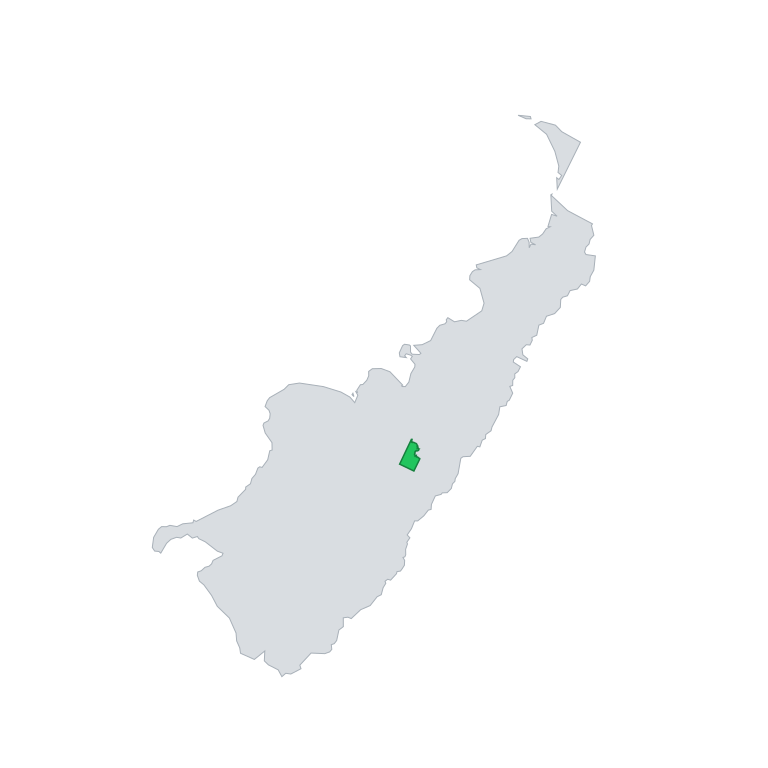 location of Puelén, La Pampa, Argentina, rotated 206°
{"feature_id": "61730980B41536985277959", "entity_name": "Puelén", "entity_type": "district", "adm_level": 2, "iso_a3": "ARG", "parent_name": "Argentina", "parent_adm1": "La Pampa", "projection": "mercator", "projection_center": [-67.772, -37.589], "detail": "fine", "context": "in_parent", "style": "filled", "palette": "green", "viewbox_px": 768, "rotation_deg": 206, "n_neighbors": 0, "source": "geoboundaries", "source_scale": "gbopen_adm2", "svg_char_len": 5766}
<svg xmlns="http://www.w3.org/2000/svg" viewBox="0 0 768 768"><g transform="rotate(206 384 384)"><path d="M468.4,207.4L464.7,213.9L465.6,218.3L462.2,228.7L463.1,230.8L460.3,235.8L461.3,241.2L459.9,246.5L460.5,253.1L459.4,255.1L457.0,255.6L455.3,264.9L457.4,273.9L455.6,275.6L459.0,282.2L469.3,287.9L474.6,293.8L474.8,296.3L472.0,300.0L471.7,303.1L473.3,307.4L475.9,310.0L481.0,311.6L481.6,317.7L480.8,321.6L471.4,335.5L469.3,341.6L460.4,347.8L437.3,355.1L419.2,357.9L408.9,357.3L402.1,354.4L402.6,362.4L406.0,364.8L404.3,364.9L405.7,366.3L404.9,373.0L402.8,374.3L401.1,379.8L401.3,384.6L403.3,388.6L401.2,392.6L393.3,396.7L384.0,397.6L366.7,391.2L367.4,390.1L366.5,389.7L363.7,391.0L362.5,396.6L364.4,405.2L363.8,412.8L364.8,415.3L371.1,418.2L370.7,421.3L372.8,421.6L377.3,420.9L377.8,418.4L375.5,417.5L381.6,415.5L383.9,418.7L384.1,426.6L383.0,428.7L378.2,430.2L376.9,429.8L374.1,424.3L371.8,423.1L365.1,426.0L364.3,427.8L374.2,431.8L366.9,436.1L361.1,443.5L360.9,457.3L359.6,461.2L355.6,464.8L354.9,467.4L356.2,469.0L355.7,471.6L347.9,470.8L342.4,475.1L337.4,476.6L328.2,492.6L329.5,500.5L339.7,512.0L352.7,515.2L354.3,519.0L353.8,523.7L352.2,526.5L347.5,529.1L351.5,529.1L353.3,531.5L330.0,552.9L327.0,559.2L325.6,572.4L323.7,575.2L318.9,577.8L315.7,575.0L313.2,570.1L313.2,574.1L308.8,575.6L314.1,575.7L316.6,579.0L309.3,583.9L307.2,588.3L306.3,594.6L303.5,598.2L305.7,597.5L307.7,609.9L302.0,610.7L309.0,612.8L317.0,627.2L316.3,628.3L316.1,626.8L295.0,620.3L266.8,619.3L267.0,617.4L260.6,609.7L262.1,604.3L261.1,599.7L262.5,595.6L261.6,590.5L259.2,588.9L250.2,591.8L245.3,578.3L245.7,571.0L244.2,566.4L245.8,560.6L250.4,560.4L251.8,554.2L257.7,549.5L257.8,543.7L261.4,540.4L262.2,537.5L259.1,530.1L261.5,522.1L267.7,516.1L267.2,508.5L270.6,504.8L268.1,494.8L271.5,490.6L269.9,488.3L269.9,483.0L273.3,481.7L275.4,476.1L272.0,471.1L265.8,469.6L265.5,467.0L276.7,466.8L278.2,462.8L277.4,460.4L268.9,459.3L269.0,453.9L270.9,450.4L269.2,447.0L269.9,443.8L267.7,439.1L269.9,437.0L264.3,432.2L264.3,424.3L265.6,422.4L264.8,418.2L269.9,414.3L267.6,406.8L268.1,392.7L267.3,388.9L270.4,383.2L268.9,379.4L271.1,376.6L270.3,369.5L272.8,368.9L274.8,356.8L281.1,353.3L282.4,350.9L278.1,335.8L278.5,330.2L277.6,327.6L278.7,324.3L277.7,319.6L279.6,314.0L283.9,311.7L284.3,309.8L288.8,305.9L288.6,296.6L286.7,291.9L288.9,290.1L290.4,283.0L293.7,275.7L296.5,274.4L295.9,266.0L297.0,258.5L293.3,257.1L294.1,251.8L292.8,250.5L292.1,244.9L289.6,240.0L289.5,237.8L290.9,236.4L288.1,234.5L286.2,230.0L286.7,225.8L287.2,223.1L290.1,221.0L289.6,219.0L292.1,210.6L295.1,210.1L296.6,207.2L295.0,205.6L295.5,200.6L294.1,193.4L296.9,189.8L299.3,178.8L306.0,171.0L310.6,158.8L314.2,158.6L318.1,156.0L314.2,148.1L316.7,143.1L314.1,132.7L314.9,128.8L317.1,126.6L314.6,122.6L315.4,119.4L319.0,115.7L331.6,110.2L336.4,94.4L333.8,91.7L340.6,82.5L345.5,80.9L347.5,76.2L353.8,80.7L364.8,80.9L370.2,82.7L374.1,91.8L379.8,79.6L394.9,79.1L398.0,83.6L403.8,88.5L407.8,95.3L420.4,105.9L436.4,111.1L446.3,118.4L457.8,124.5L463.5,125.9L467.9,130.2L469.0,133.4L466.4,136.0L464.5,140.8L461.4,143.5L460.1,146.7L460.3,150.6L454.3,158.5L454.5,161.3L460.6,160.7L475.4,163.8L482.6,163.8L484.9,165.1L488.7,161.5L495.0,162.9L499.1,156.5L503.2,155.3L507.5,150.9L509.6,145.5L510.5,134.1L512.9,134.8L516.9,133.3L520.6,135.5L523.8,145.2L523.1,154.5L521.4,158.3L516.9,160.4L514.5,163.1L507.5,165.1L503.6,170.1L494.9,175.5L495.4,178.3L492.6,178.1L477.9,197.8L468.4,207.4ZM313.4,687.4L313.7,635.1L319.2,645.1L316.5,644.5L315.7,649.3L320.3,650.4L322.4,656.5L332.4,668.0L347.3,679.7L362.1,683.2L358.0,688.9L343.4,691.8L334.8,688.7L313.4,687.4ZM368.1,686.8L372.5,684.7L381.3,684.3L369.7,688.6L368.1,686.8ZM408.1,360.4L407.9,362.1L405.5,359.5L408.1,360.4Z" fill="#d9dde1" stroke="#a8b0b8" stroke-width="1"/><path d="M335.1,346.8L335.0,334.7L334.8,318.8L319.0,318.9L319.0,332.5L319.3,332.7L319.5,332.7L319.8,332.7L320.0,332.7L320.3,332.6L320.6,332.7L320.7,332.8L320.8,332.8L321.0,332.8L321.3,332.8L321.5,332.9L321.6,333.0L321.7,332.9L321.8,332.9L322.0,332.9L322.3,333.0L322.5,332.9L322.5,333.0L322.8,333.1L323.0,333.1L323.3,333.0L323.5,333.1L323.7,333.3L323.7,333.2L323.7,333.3L323.8,333.2L324.0,333.2L324.0,333.3L324.1,333.2L324.1,333.3L324.2,333.2L324.2,333.3L324.3,333.3L324.3,333.2L324.5,333.2L324.6,333.3L324.8,333.4L324.9,333.5L325.0,333.6L325.3,333.7L325.4,333.8L325.5,333.8L325.6,334.0L325.8,334.2L325.8,334.3L325.7,334.5L325.8,334.6L325.8,334.8L325.9,335.0L325.9,335.3L326.0,335.4L325.9,335.5L326.0,335.6L326.1,335.8L326.2,336.0L326.2,336.3L326.3,336.3L326.4,336.5L326.4,336.8L326.4,337.0L326.4,337.3L326.3,337.5L326.2,337.5L326.0,337.8L325.9,337.8L325.8,338.0L325.7,338.0L325.4,338.2L325.3,338.3L325.1,338.3L324.9,338.5L324.7,338.6L324.5,338.8L324.4,338.8L324.3,339.0L324.3,339.3L324.2,339.3L324.2,339.2L324.1,339.3L324.1,339.5L323.9,339.7L323.9,339.8L323.9,340.0L324.1,340.0L324.0,340.3L324.2,340.5L324.3,340.6L324.4,340.8L324.5,340.9L324.4,341.0L324.5,341.0L324.8,341.1L325.0,341.2L325.2,341.3L325.2,341.2L325.4,341.2L325.5,341.2L325.8,341.1L325.8,341.3L325.9,341.2L326.0,341.0L326.1,341.3L326.2,341.5L326.3,341.5L326.3,341.4L326.3,341.5L326.3,341.8L326.4,342.0L326.5,342.2L326.5,342.3L326.6,342.2L326.8,342.3L326.9,342.5L327.0,342.6L327.0,342.8L327.0,343.0L327.2,343.4L327.4,343.6L328.1,344.2L328.2,344.3L328.4,344.4L328.9,344.6L329.1,344.6L329.5,344.6L330.0,344.6L330.5,344.5L331.5,344.6L332.1,344.5L332.3,344.4L332.6,344.0L332.9,343.9L333.4,343.9L333.5,343.8L333.8,343.8L334.0,343.9L333.9,344.0L334.0,344.0L333.9,344.2L333.9,344.3L333.8,344.6L334.0,344.7L334.2,344.8L334.2,345.0L334.3,345.1L334.4,345.3L334.3,345.5L334.5,345.9L334.5,346.0L334.4,346.3L334.5,346.4L334.6,346.5L334.7,346.4L334.8,346.3L334.9,346.5L335.0,346.6L335.1,346.8L335.1,346.8Z" fill="#22c55e" stroke="#15803d" stroke-width="1.5"/></g></svg>